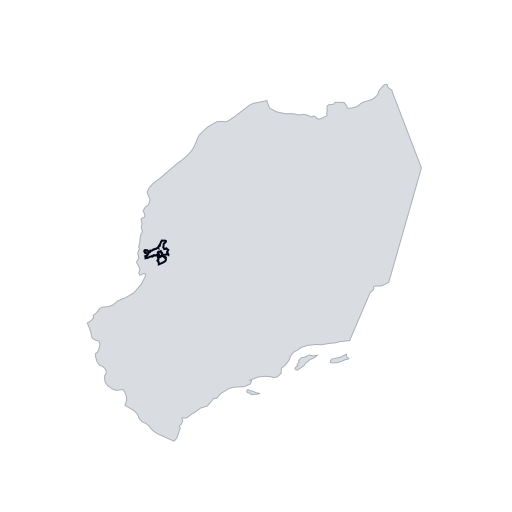 location of Mbeya, Mbeya, United Republic of Tanzania, rotated 69°
{"feature_id": "72390352B82808491826054", "entity_name": "Mbeya", "entity_type": "district", "adm_level": 2, "iso_a3": "TZA", "parent_name": "United Republic of Tanzania", "parent_adm1": "Mbeya", "projection": "equal_earth", "projection_center": [33.409, -8.971], "detail": "fine", "context": "in_parent", "style": "outline", "palette": "ink", "viewbox_px": 512, "rotation_deg": 69, "n_neighbors": 0, "source": "geoboundaries", "source_scale": "gbopen_adm2", "svg_char_len": 8290}
<svg xmlns="http://www.w3.org/2000/svg" viewBox="0 0 512 512"><g transform="rotate(69 256 256)"><path d="M205.6,362.4L201.4,359.5L197.6,357.7L194.5,355.7L193.1,353.7L190.2,353.0L187.6,352.7L185.3,350.9L180.5,350.2L179.9,349.0L179.8,346.3L179.0,345.6L177.2,344.9L175.3,345.0L174.2,345.4L173.5,345.2L172.0,343.6L170.5,341.6L169.9,338.4L167.7,336.3L165.2,334.7L158.1,334.9L157.0,334.4L155.3,332.8L153.4,330.1L151.8,327.0L150.4,322.9L148.9,317.3L140.8,294.9L139.9,290.7L138.3,286.0L135.7,280.2L133.0,276.0L129.2,272.1L125.0,268.2L122.7,265.6L118.3,255.1L117.4,250.1L116.7,245.0L117.0,242.9L119.7,236.3L120.0,234.5L119.6,232.0L118.3,226.7L116.6,220.4L113.1,208.8L112.6,205.8L112.6,203.6L114.6,191.8L114.6,190.2L122.8,190.4L128.7,185.2L133.8,177.5L134.9,174.3L137.0,169.3L139.0,166.8L139.8,165.1L141.0,160.2L143.7,156.8L146.3,154.3L145.8,152.4L146.2,151.8L147.6,150.4L150.4,149.2L151.0,146.7L151.0,143.7L150.5,142.1L150.6,140.2L150.2,139.1L148.3,138.9L145.6,137.4L143.3,136.8L141.8,135.9L141.2,135.3L140.9,133.5L142.2,129.0L140.9,127.2L143.8,119.7L144.3,118.7L145.3,118.6L147.0,117.8L148.5,117.5L149.7,117.8L150.6,117.4L151.4,116.6L152.1,114.1L152.6,109.8L152.3,106.3L151.2,103.7L150.8,99.6L151.4,94.1L151.0,89.6L149.7,85.9L148.3,83.8L146.3,82.7L143.1,77.2L142.1,74.5L142.3,72.8L143.4,72.1L145.4,72.4L147.3,71.7L149.1,70.2L150.9,69.7L151.8,70.0L233.0,70.0L327.8,141.2L328.2,142.1L328.9,148.2L328.7,150.3L327.3,153.9L326.8,155.7L326.8,157.0L327.2,157.5L328.4,157.7L329.5,158.5L329.9,159.2L330.7,161.8L331.7,163.2L367.7,198.1L368.5,198.6L367.9,201.6L365.9,208.7L365.8,211.6L365.0,215.1L364.2,217.4L362.1,227.4L360.3,231.1L357.9,239.9L357.5,246.6L358.8,251.3L359.3,255.7L362.0,260.0L364.3,261.5L365.8,263.5L368.4,268.0L369.9,272.5L374.7,274.7L376.5,279.7L375.8,283.2L373.6,286.1L371.5,290.8L369.8,296.9L369.7,306.3L370.9,304.8L373.4,307.1L373.7,314.0L371.0,322.1L370.2,325.8L370.0,329.0L371.9,338.6L374.7,343.5L374.5,345.1L373.7,346.3L378.6,355.0L378.1,362.5L379.9,368.4L380.7,373.4L381.9,377.3L382.1,380.0L380.6,383.0L384.1,383.7L386.2,386.1L387.2,388.5L389.7,388.4L391.1,390.0L393.1,391.3L397.5,395.2L398.7,397.1L399.4,399.0L387.1,411.3L382.7,414.5L379.5,416.0L376.2,416.8L373.0,418.7L369.9,421.8L366.0,423.3L361.3,423.3L356.4,425.4L348.6,431.8L344.1,428.3L340.5,427.2L336.4,427.3L333.9,427.7L333.0,428.5L332.2,430.6L331.6,434.2L328.9,437.6L324.1,440.8L319.8,442.1L315.9,441.2L313.2,439.9L311.8,438.0L309.7,437.1L307.0,437.3L304.4,438.6L301.9,441.2L297.9,442.3L292.5,441.9L289.5,440.7L289.1,438.6L286.7,436.1L282.4,433.2L279.1,433.2L277.1,435.9L275.2,437.6L273.5,438.3L271.9,438.4L269.7,437.7L263.7,437.4L258.0,437.5L257.4,433.5L256.2,431.1L255.2,429.7L253.2,429.3L252.7,428.2L252.0,425.8L251.0,423.7L249.7,421.9L249.0,420.3L248.7,418.8L248.9,417.2L250.1,413.1L250.5,410.4L250.4,407.5L249.7,404.6L248.4,401.1L248.5,400.1L248.1,397.7L248.0,396.1L248.3,394.0L248.0,391.3L246.9,385.5L246.9,384.0L245.6,381.2L241.8,374.5L241.6,373.7L235.7,367.0L233.3,365.5L232.4,366.7L232.1,367.9L232.4,370.1L232.2,371.1L232.0,371.6L230.5,371.5L229.6,371.3L227.4,369.5L225.6,369.0L221.2,369.4L219.7,369.8L218.5,369.4L216.2,366.3L213.5,365.7L211.0,365.5L207.0,362.0L205.6,362.4ZM375.4,250.2L377.3,257.6L377.1,259.0L375.7,259.9L374.9,259.9L374.1,258.7L373.5,256.2L372.4,256.8L370.6,253.8L368.8,253.7L367.3,250.1L367.9,247.0L367.6,241.7L369.5,239.0L370.6,234.5L371.8,237.6L372.1,242.4L373.8,248.2L375.4,250.2ZM385.1,206.1L385.2,207.8L384.8,209.5L384.9,214.7L384.7,218.2L383.2,223.1L382.0,224.8L380.9,224.3L380.1,223.5L379.4,222.2L380.8,213.3L380.1,206.8L382.9,207.4L385.1,206.1ZM380.6,312.9L379.2,313.3L378.7,312.9L377.8,311.4L379.3,310.2L380.8,307.8L384.2,304.3L385.7,301.5L385.5,304.2L383.6,310.2L381.9,310.6L380.6,312.9Z" fill="#d9dde1" stroke="#a8b0b8" stroke-width="1"/><path d="M214.2,339.2L213.1,338.5L212.0,338.1L211.6,337.9L211.4,337.6L211.3,337.1L211.1,336.6L210.9,336.0L210.7,335.7L210.5,335.4L210.4,335.1L210.2,335.1L209.9,334.8L209.5,334.8L209.4,334.9L209.3,335.1L208.8,336.0L208.6,336.5L208.1,337.8L207.9,338.3L208.2,338.4L208.5,339.3L208.8,339.4L208.9,339.7L209.2,340.0L209.8,340.5L210.2,341.0L210.5,341.2L210.8,341.4L211.3,341.9L211.6,342.0L211.9,342.0L212.0,342.1L212.1,342.3L211.9,342.6L212.0,342.6L212.0,342.8L212.2,343.0L212.3,343.2L212.3,343.3L212.4,343.5L212.4,343.8L212.5,343.9L212.6,344.0L212.8,344.2L213.0,344.2L213.2,344.4L213.3,344.4L213.3,344.5L213.5,344.5L213.4,344.6L213.5,344.8L213.5,344.7L213.5,344.8L213.4,344.9L213.2,344.9L213.1,345.1L213.2,345.4L213.2,345.6L213.2,345.9L213.2,346.0L213.3,346.3L213.4,346.5L213.5,346.7L213.5,346.9L213.5,347.1L213.4,347.4L213.2,347.6L213.3,347.9L213.4,348.2L213.3,348.5L213.2,349.0L213.3,349.1L213.2,349.3L213.3,349.4L213.3,349.5L213.2,349.7L213.2,349.8L213.3,349.9L213.3,350.1L213.5,350.5L213.5,351.0L213.7,351.4L213.7,351.5L213.6,351.8L213.2,352.3L213.1,352.9L213.5,353.1L213.7,353.3L214.0,353.4L214.2,353.6L214.4,353.6L214.5,353.7L214.5,354.2L214.5,354.3L214.4,354.3L214.2,354.9L213.7,354.8L212.8,355.0L212.4,355.1L212.3,355.3L212.0,355.4L211.9,355.4L211.9,356.0L211.6,356.4L211.5,356.8L211.0,356.7L210.8,357.1L210.7,357.6L210.8,357.9L211.0,358.2L211.1,358.3L211.2,358.5L211.5,358.6L211.8,358.6L212.0,358.6L212.4,358.6L212.6,358.6L212.8,358.6L213.1,358.6L213.4,358.4L213.5,358.0L213.7,357.9L213.7,357.5L213.8,357.4L214.2,357.0L214.5,356.9L214.6,356.7L215.0,356.4L215.4,356.6L215.5,356.5L215.8,356.7L216.0,356.6L216.1,357.3L216.2,357.6L216.4,357.6L216.4,357.8L216.5,358.0L216.5,358.3L216.6,358.2L216.8,358.1L217.0,358.2L217.3,358.4L217.3,358.7L217.4,358.9L217.4,359.1L217.5,359.1L217.6,359.4L217.5,359.5L218.1,359.5L218.2,359.8L218.3,359.8L218.5,359.9L218.6,359.4L218.6,359.2L218.7,358.9L218.8,358.7L218.8,358.2L218.9,357.8L218.9,357.6L218.9,357.3L218.8,357.0L218.8,356.6L218.8,356.2L218.7,355.7L218.7,355.4L218.7,355.1L218.8,354.7L218.8,354.4L218.9,354.0L219.0,353.7L218.9,353.6L219.3,353.3L219.2,353.1L219.3,352.9L219.3,352.5L219.2,352.3L219.2,352.1L218.8,351.9L218.9,351.6L218.8,351.3L218.8,351.2L218.7,351.1L218.8,351.0L218.8,350.7L219.0,350.6L219.2,350.3L219.5,350.1L219.3,348.4L219.4,348.2L219.5,348.2L219.9,348.1L220.0,348.0L220.8,347.6L221.0,347.9L221.2,348.1L221.7,348.1L222.0,348.1L222.6,348.0L223.0,348.1L223.4,348.1L223.6,348.2L223.8,348.2L223.9,348.3L224.1,348.3L224.4,348.4L224.4,348.5L224.5,349.1L224.6,349.4L224.8,349.6L225.0,349.7L225.7,349.6L226.3,349.1L226.7,349.0L226.9,349.0L227.4,349.3L227.7,349.3L228.2,349.5L228.8,349.6L229.0,349.7L229.0,349.3L228.9,348.7L228.9,346.9L228.6,343.9L228.0,342.1L226.9,341.3L226.1,341.3L225.9,341.4L225.8,341.1L225.7,341.0L225.6,340.9L225.1,340.6L224.6,341.0L224.3,341.2L224.3,341.4L224.2,341.7L224.0,342.2L223.9,342.3L223.7,342.5L223.3,342.5L222.9,342.5L222.5,343.1L222.4,343.8L222.3,344.0L222.3,344.5L222.2,344.5L222.3,344.9L222.5,345.1L222.6,345.3L222.6,345.7L222.7,345.9L222.7,346.0L222.5,345.9L222.4,345.8L222.2,345.8L222.3,346.3L222.4,346.5L222.5,346.7L222.5,347.0L222.6,347.3L222.6,347.5L222.2,347.6L222.0,347.2L221.9,346.3L221.9,345.9L221.7,345.7L221.6,345.9L221.6,346.0L221.3,345.8L221.2,345.9L221.2,346.1L221.3,347.3L221.1,347.2L220.8,347.1L220.4,347.0L220.5,346.6L220.4,346.7L220.2,346.6L220.2,346.4L220.0,346.1L219.9,346.1L219.7,346.2L219.6,346.3L219.5,346.2L219.3,346.3L219.1,346.1L218.9,346.1L218.2,346.6L217.9,346.7L217.6,346.4L217.3,346.1L217.2,345.9L217.0,345.6L217.1,345.4L217.1,345.2L217.3,345.1L217.4,344.9L217.4,344.7L217.5,344.5L217.6,344.3L217.4,343.8L217.3,343.4L217.3,343.1L217.7,343.1L218.4,343.4L218.4,343.2L218.6,343.1L219.1,342.7L219.3,342.6L219.5,342.6L219.8,342.5L220.0,342.5L220.5,342.8L220.6,343.1L220.8,343.2L221.0,343.2L221.1,343.3L221.3,343.5L221.5,343.8L221.5,343.7L221.8,343.3L222.1,342.9L221.8,342.1L222.0,341.6L222.0,341.2L222.3,340.2L222.4,339.3L222.5,338.9L222.6,338.5L222.6,338.3L223.0,337.8L223.3,337.6L223.6,337.4L223.3,337.2L221.6,337.4L221.7,337.5L221.5,337.8L221.4,337.8L221.1,337.8L220.9,337.8L220.7,337.7L220.4,337.6L220.2,337.4L219.8,337.0L219.7,336.6L219.3,336.4L219.2,336.2L219.0,335.8L218.9,335.7L218.6,335.9L218.3,336.2L218.2,336.2L217.9,336.3L217.6,336.6L217.3,336.9L216.8,336.9L216.7,336.9L216.6,337.1L216.7,337.5L216.8,338.0L216.9,338.4L216.9,338.6L216.9,338.8L217.0,339.0L217.5,339.1L216.2,339.3L215.8,339.3L215.4,339.3L215.1,339.3L214.8,339.5L214.6,339.5L214.3,339.3L214.2,339.2Z" fill="none" stroke="#020617" stroke-width="2"/></g></svg>